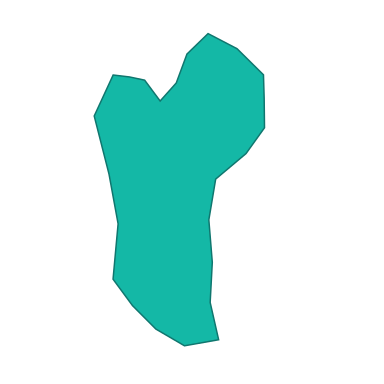 the Province of Hermanas, rotated 346°
{"feature_id": "DOM-1968", "entity_name": "Hermanas", "entity_type": "Province", "adm_level": 1, "iso_a3": "DOM", "parent_name": "Dominican Republic", "parent_adm1": "", "projection": "mercator", "projection_center": [-70.354, 19.392], "detail": "fine", "context": "isolated", "style": "filled", "palette": "teal", "viewbox_px": 384, "rotation_deg": 346, "n_neighbors": 0, "source": "natural_earth", "source_scale": "10m", "svg_char_len": 459}
<svg xmlns="http://www.w3.org/2000/svg" viewBox="0 0 384 384"><g transform="rotate(346 192 192)"><path d="M245.9,42.2L270.4,63.9L289.7,95.6L284.7,118.5L277.9,147.2L253.7,167.8L218.1,185.2L201.6,223.1L194.7,265.1L182.9,303.6L182.1,341.8L147.5,339.4L123.8,316.3L106.8,287.9L94.3,257.5L112.6,205.0L115.8,154.5L115.5,94.6L143.8,59.4L159.1,65.2L173.1,72.0L183.1,96.0L203.1,82.4L220.5,56.9L245.9,42.2Z" fill="#14b8a6" stroke="#0f766e" stroke-width="1.5"/></g></svg>